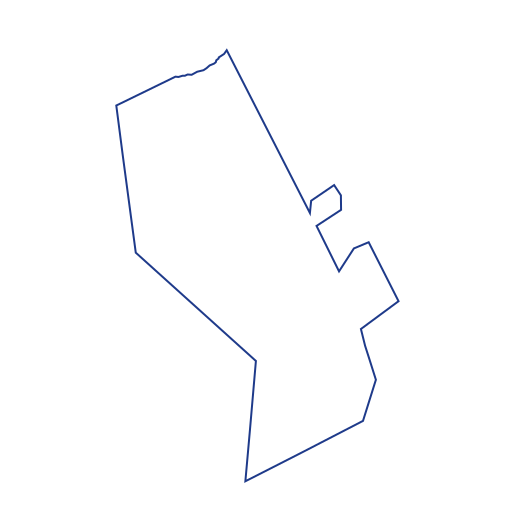 Mendi/Munihu District, Southern Highlands, Papua New Guinea (orthographic projection), rotated 244°
{"feature_id": "67681753B89276068446522", "entity_name": "Mendi/Munihu District", "entity_type": "district", "adm_level": 2, "iso_a3": "PNG", "parent_name": "Papua New Guinea", "parent_adm1": "Southern Highlands", "projection": "orthographic", "projection_center": [143.709, -6.035], "detail": "fine", "context": "isolated", "style": "outline", "palette": "blue", "viewbox_px": 512, "rotation_deg": 244, "n_neighbors": 0, "source": "geoboundaries", "source_scale": "gbopen_adm2", "svg_char_len": 666}
<svg xmlns="http://www.w3.org/2000/svg" viewBox="0 0 512 512"><g transform="rotate(244 256 256)"><path d="M452.5,262.2L452.5,196.4L404.7,180.3L311.7,149.4L272.5,165.2L191.2,198.0L161.7,209.9L102.3,174.3L58.2,147.7L59.3,211.3L60.9,279.9L92.2,309.5L114.3,312.8L127.5,314.7L144.4,318.3L152.9,364.3L219.0,363.3L219.9,347.3L205.8,323.9L256.5,323.6L260.2,352.7L273.3,358.9L285.5,357.3L281.5,329.8L271.0,323.3L453.8,319.9L451.6,315.9L450.8,309.6L449.9,308.9L449.3,306.1L447.8,304.8L447.3,302.6L447.6,297.9L446.5,293.9L446.0,290.3L447.4,283.9L447.1,277.6L449.1,274.1L449.2,271.1L450.2,269.1L450.9,264.8L452.5,262.2Z" fill="none" stroke="#1e3a8a" stroke-width="2"/></g></svg>